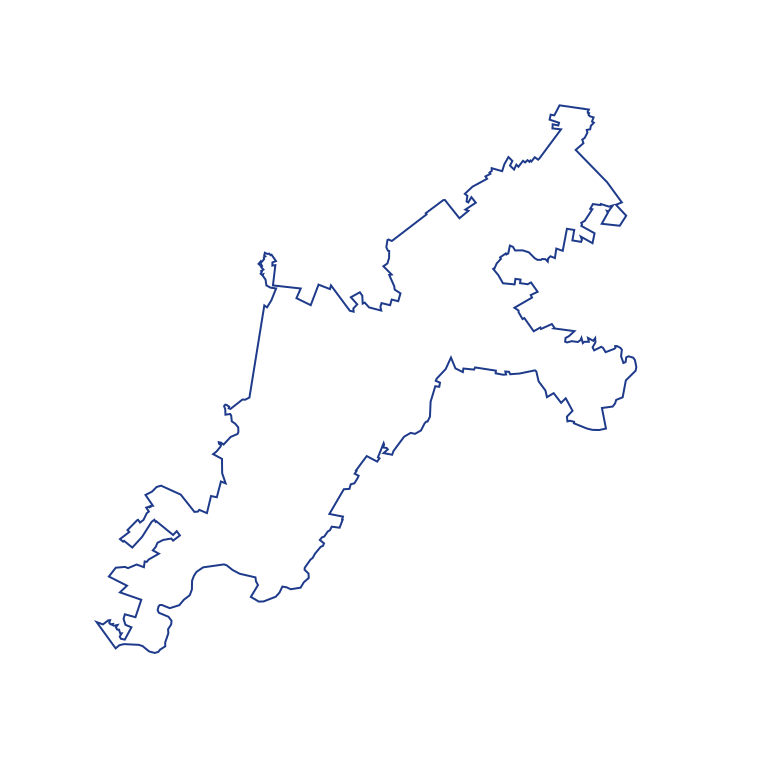 Palenque, Chiapas, Mexico (Robinson projection), rotated 99°
{"feature_id": "50627088B42287597012066", "entity_name": "Palenque", "entity_type": "district", "adm_level": 2, "iso_a3": "MEX", "parent_name": "Mexico", "parent_adm1": "Chiapas", "projection": "robinson", "projection_center": [-91.787, 17.453], "detail": "fine", "context": "isolated", "style": "outline", "palette": "blue", "viewbox_px": 768, "rotation_deg": 99, "n_neighbors": 0, "source": "geoboundaries", "source_scale": "gbopen_adm2", "svg_char_len": 6138}
<svg xmlns="http://www.w3.org/2000/svg" viewBox="0 0 768 768"><g transform="rotate(99 384 384)"><path d="M687.1,607.7L683.4,604.5L681.6,600.2L680.0,585.5L680.6,581.5L684.9,574.1L685.5,568.4L683.9,565.0L681.4,563.6L677.3,559.0L673.5,559.7L664.0,558.0L660.0,558.9L654.7,556.6L651.1,556.8L647.6,560.5L645.2,570.5L642.9,572.2L639.1,571.9L637.5,571.0L637.0,568.9L638.9,560.5L634.5,551.6L628.5,548.0L623.0,542.8L617.0,541.6L608.2,542.8L603.1,541.7L598.9,539.8L593.4,534.0L587.2,513.8L587.7,511.0L591.4,504.4L594.0,496.8L595.1,480.7L598.9,479.6L602.3,477.0L615.1,482.2L618.5,473.6L617.6,468.9L611.0,457.6L606.4,454.6L600.0,452.7L600.0,448.6L601.3,444.0L598.2,434.5L592.4,432.2L587.4,428.0L583.0,428.9L579.9,433.4L577.8,433.5L568.9,429.1L566.9,427.2L562.4,425.6L554.8,421.1L553.4,419.0L550.8,418.3L548.1,423.0L545.2,421.3L544.0,419.1L538.5,416.5L536.8,414.5L533.1,413.3L532.9,405.4L524.6,403.6L524.5,404.2L521.4,403.8L520.9,417.6L494.2,407.2L493.0,401.7L488.3,401.2L486.7,397.7L480.9,395.3L478.6,394.7L477.2,398.9L474.2,397.5L473.9,398.2L457.9,389.8L461.7,378.6L458.1,376.8L457.4,378.5L442.5,375.1L443.9,374.4L446.8,375.2L446.8,371.4L448.0,370.0L452.3,373.6L452.6,364.9L448.6,364.1L432.9,355.9L428.1,350.0L428.4,345.6L424.1,340.2L416.7,337.8L414.5,336.4L414.3,335.1L409.0,333.5L394.3,335.2L378.2,333.0L378.1,329.0L373.9,328.9L372.8,333.4L370.6,332.9L359.6,325.4L347.4,322.0L357.4,315.9L359.9,308.0L356.3,308.0L355.7,297.3L353.4,296.6L353.3,275.6L356.0,275.4L356.2,267.8L355.5,264.9L352.7,266.1L352.4,262.4L354.6,260.9L352.5,251.9L346.9,237.0L347.8,235.5L357.2,231.7L365.2,223.5L371.5,221.0L366.5,215.0L374.9,206.1L369.7,202.3L370.5,201.6L381.0,193.6L387.6,198.2L392.2,197.0L391.2,194.4L391.6,190.3L393.1,190.3L396.2,176.8L396.7,171.0L395.8,164.3L393.3,157.8L373.6,165.0L370.5,154.6L367.0,152.7L363.4,152.2L359.8,146.2L342.6,145.7L331.6,137.6L327.9,137.4L321.1,139.9L319.0,142.0L318.4,146.7L319.8,148.9L324.4,148.8L325.8,150.8L319.5,154.2L312.9,154.4L311.3,156.2L310.1,159.8L310.4,161.6L311.9,161.0L313.2,162.0L317.9,170.1L314.0,173.4L313.3,175.3L317.9,181.7L315.1,183.7L309.8,181.7L305.7,182.6L308.6,184.1L306.6,189.7L310.3,188.3L311.0,192.8L312.5,194.0L307.6,196.2L309.9,196.8L312.2,199.1L312.3,205.2L314.3,209.7L313.9,211.7L310.1,211.9L308.0,209.0L302.0,204.2L302.5,224.9L302.0,224.3L298.5,227.6L305.1,237.5L303.7,238.4L308.5,244.4L296.9,255.7L298.2,257.3L292.1,262.3L290.4,262.6L288.3,267.1L275.5,251.3L273.2,253.0L268.9,246.7L260.7,254.7L263.0,257.7L263.1,265.4L259.5,265.5L259.6,270.6L265.2,270.6L265.9,282.3L258.6,288.1L252.6,294.9L253.2,293.9L252.7,293.0L247.2,291.5L242.1,288.1L240.8,289.2L236.0,284.1L236.9,283.4L235.6,281.7L227.6,281.3L228.4,278.1L231.6,275.4L230.3,267.9L231.3,261.5L236.2,254.8L237.4,251.7L236.7,248.1L235.8,247.4L235.5,244.0L237.5,241.4L234.4,241.5L231.8,239.6L232.9,234.9L223.3,235.0L224.5,228.3L202.1,227.6L202.1,220.2L212.7,220.4L212.8,211.6L210.5,211.1L207.6,212.7L212.3,200.1L202.2,199.6L197.0,213.8L195.4,213.4L194.0,214.4L191.4,211.2L178.8,205.6L178.7,207.7L173.6,205.8L173.4,198.1L172.3,198.0L173.6,189.4L171.9,186.0L178.5,189.3L178.2,190.9L180.0,189.7L191.7,194.0L190.8,175.9L179.9,171.1L170.7,182.9L167.4,177.5L149.8,195.2L122.8,231.3L115.0,224.7L111.6,226.4L109.6,224.3L103.9,222.4L101.3,223.5L100.2,220.2L96.7,220.1L93.1,217.6L92.2,219.6L87.9,218.7L87.4,222.4L86.4,224.0L84.4,223.8L84.3,225.1L83.2,225.4L80.9,224.6L81.3,254.2L92.0,257.8L91.9,261.5L97.0,261.8L98.6,252.0L101.4,252.3L101.1,258.0L105.2,257.6L104.8,249.0L136.9,265.8L138.3,266.8L136.5,270.6L141.2,273.2L140.4,274.4L141.8,275.1L140.5,277.3L143.1,279.3L141.8,281.6L148.4,285.2L146.7,287.6L151.8,289.1L148.6,293.7L143.6,292.1L140.4,296.6L148.1,299.5L155.3,300.6L154.0,311.4L156.7,310.9L158.7,312.9L159.8,311.8L163.1,316.3L165.2,314.3L175.2,327.4L183.5,333.9L185.1,331.1L190.8,331.0L191.5,329.2L185.8,326.9L190.6,321.7L199.0,330.9L199.7,327.7L208.5,335.4L192.7,352.7L193.2,354.3L208.8,369.5L209.8,368.5L241.5,398.6L240.6,402.3L241.3,403.1L248.6,403.1L251.7,401.0L251.8,399.7L258.8,398.7L264.4,399.5L267.8,403.0L274.7,393.6L275.5,395.9L285.8,389.2L289.1,388.2L291.9,381.9L300.0,382.9L299.4,389.6L305.2,390.3L304.5,399.1L308.5,399.6L311.9,398.2L310.7,410.7L306.6,415.8L307.9,417.6L300.1,419.3L297.2,422.2L303.5,430.3L309.5,422.9L314.2,426.1L317.3,425.3L317.0,429.2L294.9,451.8L298.7,452.2L296.1,464.2L317.6,468.7L312.9,483.9L302.7,481.2L304.0,509.1L283.6,509.9L284.5,512.8L281.4,513.2L279.5,509.9L273.9,515.3L274.5,516.2L273.2,517.8L273.8,519.6L273.0,522.2L275.8,522.4L276.5,521.2L277.7,522.5L279.5,522.0L283.0,524.2L282.1,524.9L285.0,526.7L285.9,525.2L284.9,524.3L286.5,522.9L287.5,523.8L289.9,521.0L291.7,523.0L292.3,522.2L294.4,523.1L295.2,521.9L294.5,520.5L295.9,520.8L299.5,517.3L305.0,515.6L306.6,511.2L306.5,505.5L319.1,508.4L326.6,511.5L325.1,514.5L418.4,514.8L421.2,518.6L421.5,521.4L432.6,531.7L432.3,533.6L430.7,533.3L429.2,536.5L429.3,537.6L430.8,538.5L433.9,536.8L439.1,535.8L437.7,531.2L439.1,530.0L444.7,528.5L446.5,524.7L449.6,521.2L454.3,520.3L456.3,520.9L460.2,527.1L468.9,533.0L467.5,535.6L467.3,538.1L468.8,537.6L469.8,535.5L471.1,535.5L476.8,538.8L480.0,541.8L483.3,532.3L497.4,529.9L506.9,524.9L505.8,529.8L522.0,531.4L521.7,537.3L539.2,538.7L537.2,546.8L539.1,547.8L540.0,551.2L525.0,567.5L519.3,588.3L521.3,592.5L526.5,596.2L530.9,602.2L540.4,593.2L541.1,595.6L541.8,595.3L542.5,596.4L542.1,597.2L543.3,599.5L546.8,596.3L548.7,598.1L555.9,600.3L559.0,603.3L556.6,605.7L557.2,606.5L568.4,614.5L570.0,612.4L578.5,620.5L580.5,617.0L579.6,616.2L584.9,607.0L572.8,599.0L556.6,592.0L554.0,589.6L555.9,588.0L555.2,587.4L566.1,568.7L561.8,565.7L565.5,561.9L571.7,567.8L569.9,569.9L572.6,577.8L576.3,582.9L580.7,584.0L584.5,586.3L586.8,579.8L594.2,589.0L596.8,590.5L596.7,592.6L602.5,592.5L601.0,600.1L605.9,608.0L605.2,611.2L607.4,620.2L617.2,625.6L623.4,606.3L631.1,612.2L635.1,590.0L653.2,593.0L652.0,603.9L656.7,604.5L662.3,601.7L663.8,595.4L677.0,600.0L676.8,603.9L674.9,605.5L671.3,604.1L671.6,605.5L668.1,607.3L668.3,609.1L666.3,610.7L663.7,609.5L665.0,612.9L664.4,614.8L663.5,614.4L664.1,616.5L662.9,618.0L660.1,617.6L660.6,619.4L665.4,624.0L664.1,630.6L687.1,607.7Z" fill="none" stroke="#1e3a8a" stroke-width="2"/></g></svg>